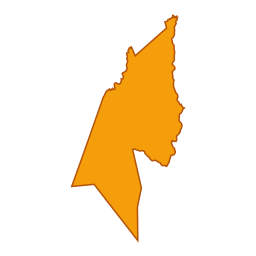 the district of Riacho Frio, Piauí, Brazil
{"feature_id": "56859067B56089462562487", "entity_name": "Riacho Frio", "entity_type": "district", "adm_level": 2, "iso_a3": "BRA", "parent_name": "Brazil", "parent_adm1": "Piauí", "projection": "equal_earth", "projection_center": [-44.706, -9.934], "detail": "fine", "context": "isolated", "style": "filled", "palette": "amber", "viewbox_px": 256, "rotation_deg": 0, "n_neighbors": 0, "source": "geoboundaries", "source_scale": "gbopen_adm2", "svg_char_len": 3360}
<svg xmlns="http://www.w3.org/2000/svg" viewBox="0 0 256 256"><path d="M137.8,240.6L137.4,207.1L139.8,195.5L141.4,188.1L132.6,149.5L134.1,149.2L135.1,149.1L135.9,149.7L136.7,149.8L137.7,150.3L138.3,150.4L139.6,151.0L140.7,150.9L142.8,150.6L144.0,151.3L144.8,151.9L144.8,153.0L145.5,154.0L146.6,155.0L147.8,156.4L149.1,157.2L150.2,159.1L151.7,160.5L152.7,160.7L154.7,160.3L155.3,160.3L156.6,160.7L157.2,161.6L158.3,161.8L159.1,162.5L160.5,163.2L160.9,164.2L161.4,164.7L162.1,165.6L163.3,165.6L164.8,165.4L165.4,165.6L166.0,166.4L166.7,166.3L167.5,165.1L168.0,163.8L169.1,162.1L169.3,160.8L169.7,159.7L170.0,158.3L170.5,157.6L170.6,156.8L170.6,155.9L171.3,155.4L172.3,155.2L173.5,154.9L174.1,154.6L174.6,153.8L175.2,152.7L175.3,151.4L174.9,150.4L174.3,149.9L174.7,149.1L174.4,148.3L173.6,147.6L172.9,146.7L172.5,145.8L171.6,143.8L171.4,142.5L171.8,141.4L172.2,140.7L172.6,141.4L173.4,141.0L174.1,141.2L175.2,141.5L176.2,141.3L176.7,139.9L176.7,138.9L176.4,137.1L176.9,135.7L177.4,135.2L178.2,134.4L178.9,133.9L179.3,132.7L180.3,131.9L180.1,130.9L180.4,130.1L181.0,128.9L181.5,127.9L181.6,126.7L182.1,126.0L181.8,125.1L181.7,124.0L180.8,123.0L180.5,122.1L179.1,121.0L179.0,119.9L179.2,117.9L179.3,116.6L179.4,114.5L180.0,113.7L180.6,113.5L181.3,112.8L181.8,111.7L182.3,110.7L182.6,109.7L184.3,108.0L183.6,107.7L182.8,107.4L182.3,106.4L181.7,105.6L181.2,104.3L180.2,104.6L179.6,104.1L178.9,102.3L178.0,101.3L177.4,100.7L177.0,99.8L177.0,99.0L177.3,98.0L177.9,97.5L177.7,96.1L177.6,95.2L177.0,93.9L175.9,92.8L175.5,91.7L175.2,90.9L174.5,89.6L174.4,88.7L173.6,87.0L173.6,85.9L173.4,85.1L173.5,84.0L173.5,82.5L173.7,81.5L174.1,80.2L173.2,78.9L172.7,78.2L172.8,77.1L172.8,76.0L172.7,75.0L172.4,74.0L172.5,72.6L172.4,71.4L173.0,70.9L174.4,69.7L175.0,68.6L174.6,66.8L173.8,66.1L173.2,65.2L172.2,64.1L172.7,62.3L173.6,61.5L174.1,60.5L174.4,59.8L174.3,58.7L174.2,57.1L174.4,56.3L174.3,55.3L174.6,53.2L174.7,52.0L174.4,50.6L174.1,49.5L174.0,47.9L174.1,46.6L174.1,45.5L173.1,44.0L172.4,43.0L172.3,41.6L172.1,40.5L171.6,39.2L172.2,37.9L173.0,37.5L173.4,36.9L173.8,36.2L174.1,35.3L174.4,34.4L174.5,33.1L174.3,32.2L174.6,30.8L174.7,30.0L174.4,29.0L174.4,27.7L174.4,26.6L175.0,25.9L175.6,24.7L176.2,23.3L175.7,22.4L175.8,21.3L176.3,20.6L177.1,19.9L177.1,18.4L177.4,17.4L176.7,17.6L176.6,16.3L175.8,16.9L175.2,17.7L174.6,17.7L174.5,16.4L173.6,15.7L172.7,15.4L173.0,17.1L172.1,17.4L171.5,17.8L171.1,18.4L170.6,19.0L170.0,18.8L169.1,19.5L168.4,19.3L167.9,19.9L167.5,20.9L166.3,21.4L165.6,21.8L164.9,21.9L166.6,28.0L135.2,55.8L131.1,46.3L131.2,47.4L130.7,48.1L129.9,47.6L129.3,47.9L128.1,50.7L128.2,51.7L128.5,52.4L126.8,53.0L126.5,54.0L127.0,55.1L127.4,56.1L127.2,57.3L126.7,58.7L126.9,59.6L127.6,60.4L127.6,61.3L127.3,62.8L126.9,63.7L126.5,64.9L126.5,65.7L126.8,66.8L127.2,67.9L127.0,68.9L126.4,69.9L125.8,71.2L124.6,72.0L122.8,72.8L122.2,73.6L122.7,74.7L123.2,75.7L123.3,76.9L123.0,78.2L122.3,79.2L121.2,78.9L121.4,79.9L121.2,81.1L120.8,82.4L120.2,83.5L119.3,84.1L117.6,83.7L116.3,82.9L115.5,82.9L114.6,83.5L114.2,84.4L114.8,88.3L114.6,89.3L113.6,89.6L113.0,88.9L112.5,88.3L111.9,88.9L111.3,90.0L110.2,90.4L109.9,89.5L109.5,88.9L108.1,90.0L106.8,90.8L106.1,91.8L105.3,93.4L104.6,95.1L103.9,96.2L103.4,96.9L88.4,139.7L84.5,150.7L71.7,186.5L81.8,185.5L87.0,185.0L89.3,184.8L94.1,184.3L106.3,200.1L113.3,209.1L137.8,240.6Z" fill="#f59e0b" stroke="#b45309" stroke-width="1.5"/></svg>